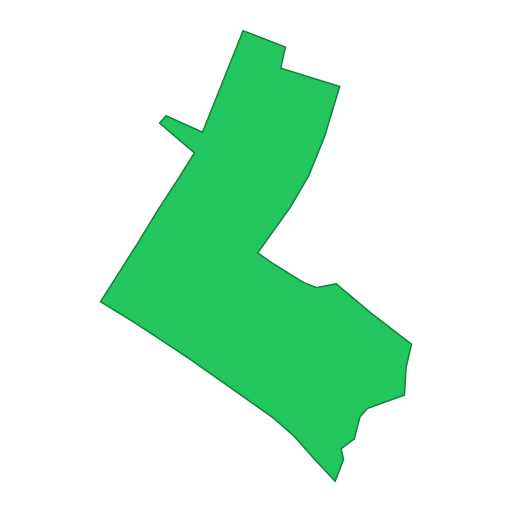 the district of Senala, Tuvalu
{"feature_id": "33948139B62945669535509", "entity_name": "Senala", "entity_type": "district", "adm_level": 2, "iso_a3": "TUV", "parent_name": "Tuvalu", "parent_adm1": "", "projection": "albers", "projection_center": [179.199, -8.519], "detail": "fine", "context": "isolated", "style": "filled", "palette": "green", "viewbox_px": 512, "rotation_deg": 0, "n_neighbors": 0, "source": "geoboundaries", "source_scale": "gbopen_adm2", "svg_char_len": 583}
<svg xmlns="http://www.w3.org/2000/svg" viewBox="0 0 512 512"><path d="M243.1,30.7L202.5,132.2L166.1,115.8L159.5,123.1L194.4,152.9L177.5,179.9L158.2,209.5L137.5,243.5L100.5,301.7L132.5,321.4L153.3,334.9L188.6,358.3L212.3,374.9L273.2,417.9L294.2,436.3L314.0,458.7L335.1,481.3L343.6,459.4L341.1,448.8L354.3,438.9L360.0,416.8L367.5,408.4L404.4,395.1L406.1,367.4L411.5,344.2L370.4,312.6L336.1,283.7L316.6,287.6L303.8,282.7L271.2,262.4L257.7,252.8L289.9,207.9L308.6,176.0L324.4,137.2L339.7,86.5L280.7,68.2L285.4,47.1L243.1,30.7Z" fill="#22c55e" stroke="#15803d" stroke-width="1.5"/></svg>